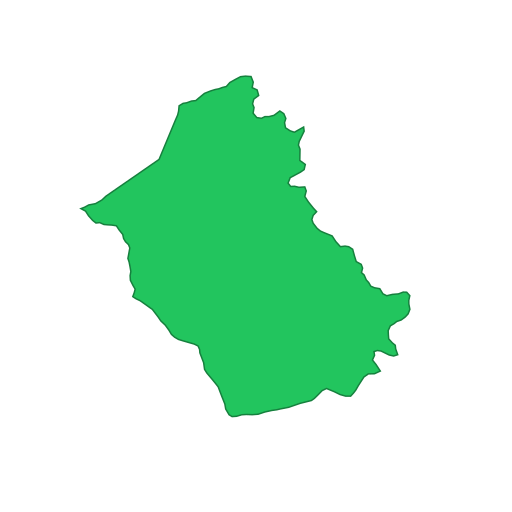 Ipuã, São Paulo, Brazil, rotated 33°
{"feature_id": "56859067B38100119221339", "entity_name": "Ipuã", "entity_type": "district", "adm_level": 2, "iso_a3": "BRA", "parent_name": "Brazil", "parent_adm1": "São Paulo", "projection": "mercator", "projection_center": [-48.055, -20.411], "detail": "fine", "context": "isolated", "style": "filled", "palette": "green", "viewbox_px": 512, "rotation_deg": 33, "n_neighbors": 0, "source": "geoboundaries", "source_scale": "gbopen_adm2", "svg_char_len": 2656}
<svg xmlns="http://www.w3.org/2000/svg" viewBox="0 0 512 512"><g transform="rotate(33 256 256)"><path d="M83.4,311.6L88.6,311.2L93.7,313.5L99.6,315.1L103.8,315.5L106.8,313.1L111.3,312.4L114.7,310.6L118.4,308.5L122.5,306.7L127.0,308.7L132.5,310.5L135.5,313.5L138.8,315.1L142.9,315.9L145.8,318.0L147.9,323.0L149.9,327.8L152.8,330.1L156.2,333.6L159.5,337.2L161.1,341.0L163.9,344.8L169.1,347.8L172.7,349.6L173.9,353.2L174.8,357.2L178.6,357.2L183.1,356.6L190.9,356.9L194.7,357.1L198.1,357.2L207.1,360.4L211.6,362.3L217.6,363.4L223.3,365.6L227.8,367.8L231.9,368.4L236.4,368.2L241.0,366.9L252.2,363.5L256.4,363.0L259.6,365.1L261.7,367.8L270.2,374.0L274.6,379.1L278.5,380.9L285.1,382.9L290.5,384.6L295.5,386.3L302.9,391.7L310.5,397.1L313.9,400.8L319.9,403.8L323.4,403.7L327.0,401.0L330.5,396.9L334.3,394.1L339.3,391.1L344.0,387.5L348.3,382.1L353.4,376.9L357.2,373.6L359.7,371.0L365.8,365.1L368.6,361.5L373.3,355.5L381.2,347.0L382.5,343.7L383.6,338.8L384.8,332.8L387.3,328.7L395.4,327.2L402.0,326.4L407.5,324.7L411.7,322.0L412.4,317.8L412.7,314.2L412.4,308.8L412.4,304.0L412.4,298.7L414.4,293.7L419.5,290.2L422.9,284.8L419.5,283.3L415.9,281.7L410.3,279.8L409.5,274.7L407.0,271.9L409.2,269.2L412.6,267.6L417.6,267.0L421.6,266.5L425.9,264.9L428.6,261.6L423.8,257.9L421.4,255.0L417.6,254.6L412.4,253.2L409.8,249.8L407.5,246.6L406.7,241.4L408.6,237.6L409.7,234.3L412.6,230.6L414.4,225.8L415.1,221.7L414.1,216.9L410.3,213.0L408.3,210.0L406.6,205.5L402.1,204.3L399.1,206.1L396.1,210.2L391.3,213.9L387.3,218.1L383.0,218.6L377.6,216.0L372.7,218.1L368.7,218.8L365.0,216.9L361.5,216.0L357.0,213.0L353.5,212.5L352.0,208.1L348.8,205.7L343.1,206.1L338.3,202.1L333.4,197.7L328.7,197.7L325.3,199.2L321.7,202.2L315.0,200.4L308.9,197.7L300.2,199.4L296.4,200.0L292.1,199.5L286.1,197.4L283.0,195.0L281.8,190.8L282.7,185.8L278.0,184.6L270.4,182.1L264.5,179.5L262.7,174.1L259.3,171.5L254.6,175.0L250.4,176.5L247.2,178.8L243.2,177.4L242.0,171.7L247.7,161.3L249.3,157.3L247.5,152.4L240.7,152.0L234.7,142.4L231.2,139.9L229.8,136.3L228.4,125.1L225.7,121.9L222.6,127.8L220.8,131.3L216.5,132.4L210.9,132.4L207.3,128.6L206.1,124.4L201.8,121.5L197.0,121.4L194.5,128.2L191.0,132.0L187.6,134.2L185.6,137.5L181.3,139.5L175.8,137.8L173.5,132.6L170.3,130.3L168.7,125.7L170.8,119.9L166.5,116.1L161.1,116.9L159.0,111.7L154.1,108.2L149.2,110.9L145.4,114.0L142.7,118.8L139.6,124.7L138.8,130.0L136.0,133.0L133.7,136.1L131.1,138.6L128.1,142.2L124.2,147.7L122.0,154.6L120.9,158.4L117.5,161.2L114.4,165.3L111.7,167.7L109.7,171.9L112.2,176.7L113.5,180.4L114.5,186.4L122.1,227.8L97.6,287.5L96.2,293.1L92.9,299.5L87.9,304.3L85.7,308.4L83.4,311.6Z" fill="#22c55e" stroke="#15803d" stroke-width="1.5"/></g></svg>